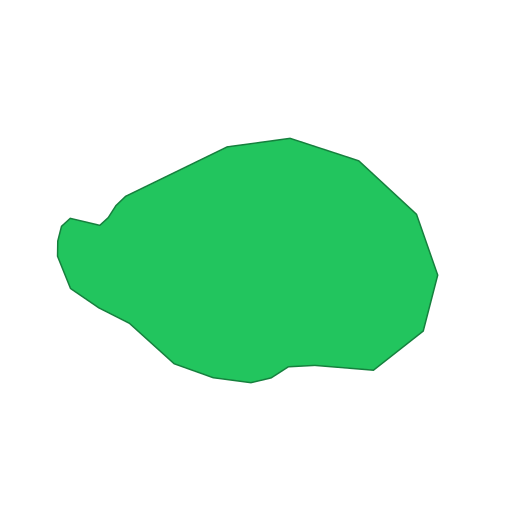 map outline of Camiguin (Equal Earth projection), rotated 121°
{"feature_id": "PHL-2590", "entity_name": "Camiguin", "entity_type": "Province", "adm_level": 1, "iso_a3": "PHL", "parent_name": "Philippines", "parent_adm1": "", "projection": "equal_earth", "projection_center": [124.749, 9.164], "detail": "fine", "context": "isolated", "style": "filled", "palette": "green", "viewbox_px": 512, "rotation_deg": 121, "n_neighbors": 0, "source": "natural_earth", "source_scale": "10m", "svg_char_len": 468}
<svg xmlns="http://www.w3.org/2000/svg" viewBox="0 0 512 512"><g transform="rotate(121 256 256)"><path d="M352.6,180.2L367.2,195.1L382.4,230.1L390.5,270.7L378.9,329.8L381.4,364.0L379.4,398.2L358.4,426.0L345.3,433.6L330.7,438.0L319.4,434.6L310.2,405.7L299.2,402.4L284.9,402.0L272.0,398.5L177.3,336.9L137.6,287.4L121.5,216.9L137.6,139.9L178.8,90.4L234.2,74.0L293.4,96.5L319.5,149.3L334.3,171.2L352.6,180.2Z" fill="#22c55e" stroke="#15803d" stroke-width="1.5"/></g></svg>